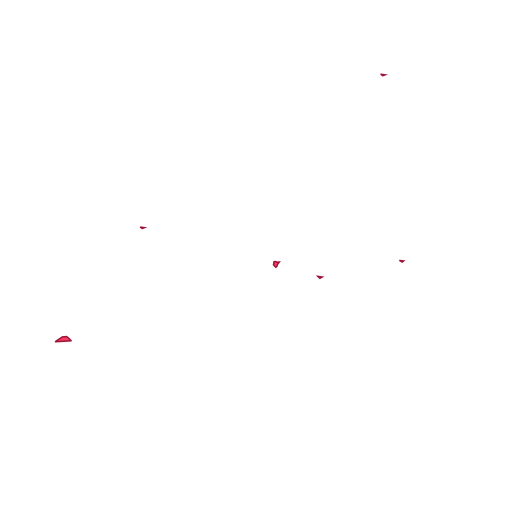 an SVG outline of Baa, rotated 53°
{"feature_id": "MDV-5228", "entity_name": "Baa", "entity_type": "Atoll", "adm_level": 1, "iso_a3": "MDV", "parent_name": "Maldives", "parent_adm1": "", "projection": "orthographic", "projection_center": [73.003, 5.117], "detail": "coarse", "context": "isolated", "style": "filled", "palette": "rose", "viewbox_px": 512, "rotation_deg": 53, "n_neighbors": 0, "source": "natural_earth", "source_scale": "10m", "svg_char_len": 603}
<svg xmlns="http://www.w3.org/2000/svg" viewBox="0 0 512 512"><g transform="rotate(53 256 256)"><path d="M212.4,454.7L212.4,454.8L203.7,467.9L203.6,468.1L204.1,459.3L206.4,455.7L209.5,455.0L212.4,454.7ZM274.8,241.0L275.6,243.7L276.9,245.7L276.9,247.0L273.5,247.3L271.4,245.0L272.1,243.8L273.7,242.8L274.8,241.0ZM312.6,215.8L312.3,218.4L309.5,218.9L309.4,218.9L312.6,215.8ZM348.8,141.1L348.8,142.9L345.8,144.1L348.8,141.1ZM189.0,43.9L188.3,46.3L185.8,47.0L189.0,43.9ZM166.2,328.0L165.7,330.0L165.6,330.3L164.4,330.7L163.2,331.1L166.2,328.0Z" fill="#f43f5e" stroke="#9f1239" stroke-width="1.5"/></g></svg>